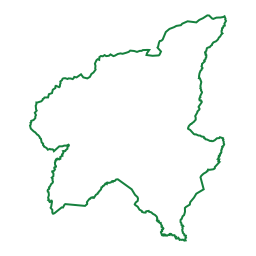 Marrupa, Niassa, Mozambique
{"feature_id": "85939544B26738067837562", "entity_name": "Marrupa", "entity_type": "district", "adm_level": 2, "iso_a3": "MOZ", "parent_name": "Mozambique", "parent_adm1": "Niassa", "projection": "orthographic", "projection_center": [37.58, -13.04], "detail": "fine", "context": "isolated", "style": "outline", "palette": "green", "viewbox_px": 256, "rotation_deg": 0, "n_neighbors": 0, "source": "geoboundaries", "source_scale": "gbopen_adm2", "svg_char_len": 5795}
<svg xmlns="http://www.w3.org/2000/svg" viewBox="0 0 256 256"><path d="M222.9,138.2L219.9,137.2L219.2,138.1L216.9,138.3L214.8,140.2L213.0,141.1L211.6,141.1L211.2,140.8L210.1,141.0L207.0,139.5L205.5,139.3L205.0,138.4L204.2,138.2L204.2,137.5L203.7,136.8L201.4,136.5L200.3,135.6L198.4,135.5L195.9,134.3L195.0,134.5L193.8,134.0L190.1,129.9L188.2,128.9L188.0,128.2L188.8,126.1L190.7,124.0L191.5,123.9L192.3,122.9L193.6,122.1L195.7,119.7L195.7,117.7L195.2,116.1L197.3,112.5L197.4,111.5L199.4,109.5L199.5,108.6L198.7,107.4L198.6,106.7L201.7,102.3L201.7,101.4L201.0,101.0L200.8,100.3L199.6,100.3L199.3,99.1L199.6,98.0L200.4,97.3L200.1,96.3L202.0,92.5L201.8,91.6L201.0,90.6L201.1,89.4L200.3,88.4L200.7,87.6L200.4,86.1L201.3,82.0L199.9,78.4L198.9,78.2L199.2,77.1L199.0,76.4L199.5,73.4L200.5,70.8L201.4,70.1L201.7,68.9L202.4,68.5L202.5,67.9L201.5,66.4L202.0,65.1L202.0,63.9L204.7,61.4L204.2,60.4L205.4,59.5L205.6,58.1L206.2,57.6L206.4,55.1L206.1,54.5L205.6,54.7L205.4,53.9L205.6,53.0L205.1,52.8L205.0,52.3L206.3,50.8L206.9,48.2L208.6,47.3L209.7,47.2L210.7,45.9L212.0,45.0L212.1,44.1L213.4,42.4L216.0,41.3L217.1,40.3L218.0,39.4L218.9,37.5L220.1,36.6L221.2,34.6L222.5,33.4L221.7,32.7L221.5,31.0L222.1,29.9L221.9,29.1L222.3,27.9L223.1,27.7L223.4,26.1L224.8,25.6L224.4,23.6L226.0,20.9L225.2,19.5L225.5,18.7L224.5,16.3L223.3,17.0L220.5,17.5L216.5,17.6L213.3,18.9L212.1,18.5L209.1,15.5L207.3,15.4L203.0,18.2L199.3,19.9L196.3,22.4L187.6,21.3L182.2,23.7L180.9,25.2L176.4,25.9L174.0,27.2L169.5,28.9L165.8,32.0L162.7,39.5L161.4,40.7L159.8,41.0L159.0,42.6L158.1,46.6L157.5,47.6L161.0,51.5L159.5,54.7L158.7,55.4L152.6,55.8L146.5,55.0L147.0,53.2L149.2,50.0L147.8,49.9L142.8,50.1L141.6,50.9L139.7,50.9L137.0,51.9L134.2,51.0L130.2,50.6L128.7,51.9L126.4,52.7L122.6,53.8L120.4,53.4L117.8,54.0L114.8,55.7L113.4,56.1L110.5,54.4L109.2,55.6L108.1,55.9L106.2,56.1L104.6,55.1L102.8,56.3L100.9,56.0L99.4,57.1L99.2,59.8L97.7,59.2L96.5,60.2L94.9,63.7L95.5,65.9L95.2,68.4L95.6,69.6L93.5,72.5L91.4,74.0L89.9,76.9L87.3,78.4L83.3,77.4L81.0,74.3L76.6,77.4L74.3,76.9L73.7,78.1L72.7,79.1L70.7,78.5L68.5,78.4L67.6,79.0L65.2,78.2L63.2,78.4L62.5,78.9L61.9,80.3L60.3,81.5L60.6,83.2L60.1,84.1L59.8,86.6L59.1,87.2L56.0,85.8L55.5,86.1L55.3,88.1L52.8,89.7L52.0,93.1L48.9,94.2L48.1,97.4L44.5,97.5L43.7,98.6L42.8,99.0L42.6,100.0L41.3,101.3L37.1,102.6L36.4,102.5L36.3,104.6L35.7,105.7L36.1,109.5L36.7,110.6L34.8,112.8L36.0,115.1L35.3,116.4L35.3,118.1L33.6,120.0L31.2,120.9L31.2,122.3L30.5,122.8L30.8,123.5L30.7,124.7L30.0,125.5L30.8,128.6L33.7,131.4L35.2,132.3L37.3,134.7L38.2,135.1L39.7,137.0L39.8,137.9L40.9,138.7L41.7,142.5L43.1,143.6L43.0,145.1L43.8,145.7L43.9,146.5L46.6,148.0L47.8,149.7L49.8,148.9L50.4,149.3L52.5,149.3L53.2,149.7L53.9,151.2L59.3,146.3L62.4,146.3L64.2,145.6L66.5,145.6L68.5,144.7L68.9,145.2L68.6,145.9L68.1,145.6L67.6,145.9L67.4,148.8L65.5,150.3L65.3,151.0L64.2,151.4L63.6,151.0L63.1,151.1L63.4,151.6L63.1,153.5L62.4,154.1L62.4,155.3L61.9,155.0L61.6,156.3L60.2,157.1L60.4,158.8L59.2,159.4L58.6,158.9L57.5,159.4L57.1,158.7L55.9,159.5L55.9,160.5L55.3,161.0L55.5,161.7L54.9,162.4L55.1,164.8L56.0,166.2L56.0,166.7L54.5,167.3L54.2,167.9L54.5,168.8L55.0,169.2L54.2,170.7L52.2,171.4L52.4,172.3L53.3,173.1L53.5,174.0L53.3,176.3L51.7,177.7L52.7,178.9L52.4,179.9L53.0,181.8L52.4,183.1L51.3,183.9L49.8,186.7L49.0,187.3L49.3,188.6L48.8,189.3L48.0,189.6L47.6,190.6L47.8,191.7L48.6,192.2L48.9,195.1L48.1,197.8L48.8,199.4L48.2,200.1L48.8,200.5L49.7,202.0L50.2,201.9L51.2,200.6L51.7,200.7L52.0,201.6L51.2,206.6L50.6,207.8L52.3,209.8L52.3,212.4L52.8,213.6L53.4,213.7L54.6,213.1L61.7,207.4L63.0,207.5L64.5,204.7L65.3,204.1L85.0,205.9L87.1,204.1L87.2,203.1L86.9,202.6L87.1,201.8L89.6,198.7L90.2,198.8L91.1,197.6L92.8,197.2L93.0,197.2L92.9,197.8L93.9,197.9L95.9,194.8L97.6,193.8L97.7,193.1L98.4,192.7L98.6,192.0L101.0,189.4L101.4,187.4L102.1,187.3L102.9,186.0L103.6,185.9L105.3,183.7L105.7,184.0L106.5,183.1L107.0,183.8L107.6,182.6L108.9,182.9L110.7,182.5L112.0,181.3L112.8,181.8L113.1,181.0L114.7,181.0L116.1,179.5L117.8,179.3L131.7,189.3L135.0,194.8L137.5,197.1L138.0,198.6L137.7,200.9L135.7,202.5L134.7,204.3L135.2,205.0L137.7,206.7L139.5,209.7L141.8,210.9L142.0,211.9L143.7,212.5L145.6,212.6L146.2,211.3L148.7,210.9L149.0,211.7L151.4,212.4L152.8,213.8L154.9,214.9L156.7,216.6L157.3,218.4L157.0,219.0L157.4,219.7L156.9,220.4L157.3,220.9L158.1,220.9L157.9,221.3L158.8,221.5L158.6,222.0L159.8,222.9L160.7,222.9L160.7,223.6L161.9,225.8L161.5,226.2L161.5,226.9L162.7,227.5L163.4,228.4L163.0,229.3L161.9,229.6L162.1,231.2L161.3,231.5L160.9,232.1L162.0,235.2L163.0,235.5L163.4,234.4L164.5,234.4L165.0,234.6L164.5,235.1L164.6,235.5L167.3,235.6L168.5,234.8L169.7,235.0L169.8,233.9L170.3,233.8L171.2,234.0L172.3,235.3L174.5,235.2L175.0,236.4L176.0,236.7L175.5,237.6L176.1,238.6L177.3,238.5L178.4,237.8L179.6,239.9L180.5,239.6L181.8,239.9L182.9,239.6L184.3,240.6L185.6,240.4L185.2,239.6L185.4,238.1L186.0,237.7L185.6,237.0L185.9,235.7L184.4,235.4L184.3,234.3L182.8,232.8L182.9,232.0L182.4,231.1L182.2,229.7L182.6,229.1L182.7,228.0L182.3,227.2L182.4,226.4L183.2,226.1L182.7,225.4L181.5,225.0L181.4,223.2L180.6,222.3L180.5,220.9L180.7,219.6L181.7,218.9L182.6,216.3L184.1,215.0L185.0,211.7L184.9,208.0L185.9,207.0L189.8,204.6L190.2,202.2L194.0,197.6L196.3,193.7L203.7,189.3L200.5,177.3L201.3,175.8L203.5,173.7L206.3,172.1L206.8,171.3L207.5,171.2L208.0,169.6L209.6,169.8L213.2,169.3L214.4,168.7L214.8,168.3L214.8,167.1L219.4,162.1L219.0,162.0L219.0,161.3L218.4,161.5L218.2,161.1L218.6,160.5L218.5,159.6L218.9,159.3L217.9,159.0L218.4,158.5L218.6,157.1L219.0,157.0L218.9,155.8L219.8,155.8L220.1,154.8L219.9,154.1L220.8,153.4L220.7,153.0L221.4,152.2L221.2,150.2L221.8,149.6L221.8,148.4L222.6,147.4L222.2,146.6L223.6,145.6L224.2,144.2L223.6,143.1L223.8,141.9L223.0,140.2L223.4,139.4L222.7,138.7L222.9,138.2Z" fill="none" stroke="#15803d" stroke-width="2"/></svg>